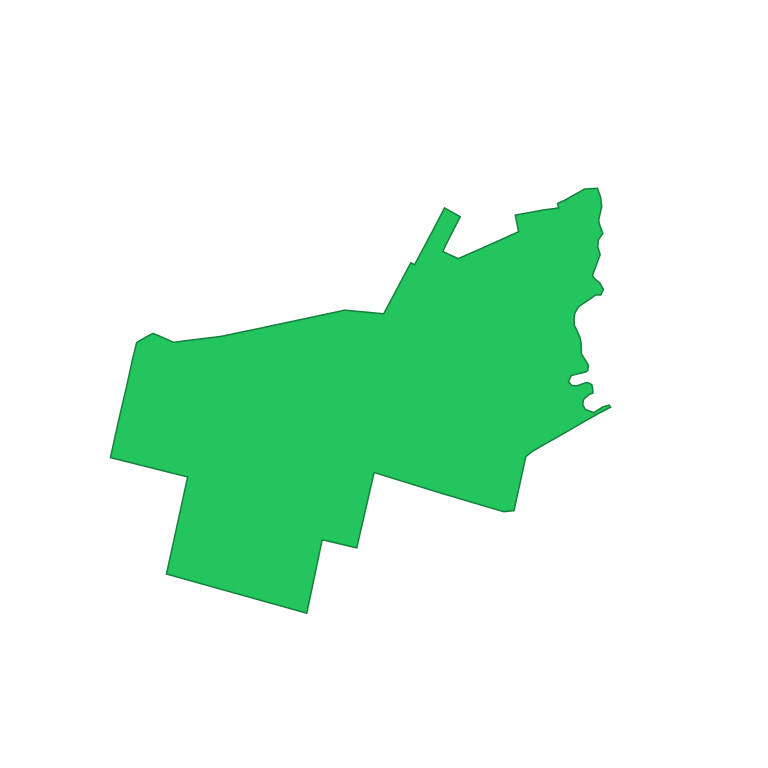 outline of Plosca, Teleorman, Romania, rotated 54°
{"feature_id": "2599482B28762716493728", "entity_name": "Plosca", "entity_type": "district", "adm_level": 2, "iso_a3": "ROU", "parent_name": "Romania", "parent_adm1": "Teleorman", "projection": "equal_earth", "projection_center": [25.135, 43.998], "detail": "fine", "context": "isolated", "style": "filled", "palette": "green", "viewbox_px": 768, "rotation_deg": 54, "n_neighbors": 0, "source": "geoboundaries", "source_scale": "gbopen_adm2", "svg_char_len": 1476}
<svg xmlns="http://www.w3.org/2000/svg" viewBox="0 0 768 768"><g transform="rotate(54 384 384)"><path d="M523.9,581.0L473.7,525.6L500.6,502.4L449.8,444.0L485.9,417.0L507.0,401.2L532.4,381.7L557.7,362.2L562.9,353.3L526.1,311.9L525.7,304.4L526.6,294.5L529.5,268.9L531.8,246.8L533.9,228.1L536.0,214.3L533.4,214.3L531.2,220.2L530.5,231.1L522.7,236.1L517.5,235.3L513.8,231.7L513.4,227.7L513.0,223.7L514.2,220.3L510.1,217.7L506.7,216.3L502.8,218.1L501.4,220.3L499.1,228.4L495.9,232.8L490.5,233.5L487.2,227.5L492.8,213.8L492.8,211.3L489.3,207.8L486.7,207.3L475.9,206.6L466.1,200.1L461.0,197.9L448.2,195.4L443.2,192.0L438.8,187.9L435.8,180.9L436.4,164.5L436.3,160.4L439.4,156.4L436.7,151.5L436.4,150.9L429.3,150.0L425.4,151.0L421.4,151.9L418.5,151.3L408.3,135.9L406.4,133.1L398.4,130.3L393.4,125.7L390.8,118.5L381.1,115.7L377.5,113.9L368.5,103.6L360.1,98.9L351.1,96.3L344.1,107.2L341.6,129.5L339.9,137.5L344.3,139.1L341.3,144.7L336.8,152.9L324.5,178.5L339.9,185.6L333.0,218.8L326.3,249.7L325.8,250.5L311.3,258.6L304.4,245.6L293.5,224.0L277.1,231.5L289.2,255.7L305.5,289.2L301.7,291.0L327.0,343.0L301.2,372.3L262.8,458.7L261.5,461.6L260.1,464.5L253.3,479.8L249.5,488.2L246.9,492.9L242.9,500.1L231.5,520.6L228.6,526.2L226.5,529.8L219.2,534.0L212.0,538.2L209.0,540.1L207.3,541.2L207.2,541.4L206.1,548.9L205.1,559.2L205.3,560.0L215.6,572.3L234.7,593.7L258.5,621.3L282.8,648.6L343.8,597.5L409.9,671.7L524.1,581.2L523.9,581.0Z" fill="#22c55e" stroke="#15803d" stroke-width="1.5"/></g></svg>